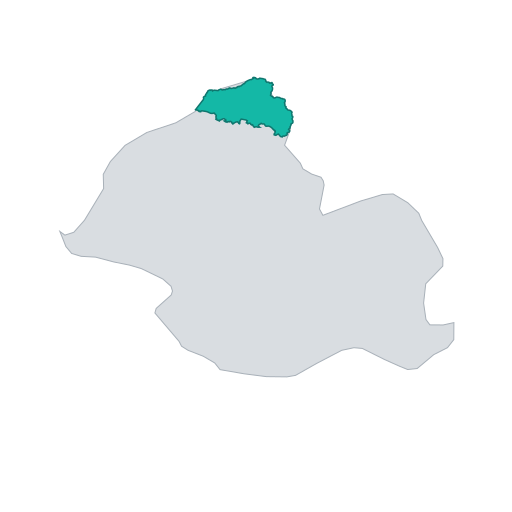 Kirehe, Eastern, Rwanda shown in context, rotated 245°
{"feature_id": "39286606B14634167117771", "entity_name": "Kirehe", "entity_type": "district", "adm_level": 2, "iso_a3": "RWA", "parent_name": "Rwanda", "parent_adm1": "Eastern", "projection": "natural_earth1", "projection_center": [30.661, -2.196], "detail": "fine", "context": "in_parent", "style": "filled", "palette": "teal", "viewbox_px": 512, "rotation_deg": 245, "n_neighbors": 0, "source": "geoboundaries", "source_scale": "gbopen_adm2", "svg_char_len": 6953}
<svg xmlns="http://www.w3.org/2000/svg" viewBox="0 0 512 512"><g transform="rotate(245 256 256)"><path d="M205.7,150.4L211.1,150.2L247.1,140.3L250.7,143.4L256.5,162.7L259.5,165.5L264.5,166.2L274.6,161.8L293.1,146.7L301.2,137.5L310.7,124.6L322.8,110.1L329.6,97.4L336.2,90.0L344.9,87.7L354.5,88.3L361.2,88.6L355.7,91.6L354.5,100.9L360.9,115.7L381.5,146.4L394.6,152.1L403.2,164.0L411.6,184.1L414.1,209.3L410.6,239.6L412.7,262.1L420.3,276.9L422.2,296.0L418.7,319.5L414.3,333.6L409.1,338.3L403.2,340.0L395.3,338.4L385.6,340.4L375.1,344.9L368.4,345.5L364.3,344.6L356.5,340.9L344.3,328.7L321.4,335.4L315.2,335.3L306.7,341.1L299.9,348.2L295.7,348.7L291.5,347.7L271.8,333.4L264.6,333.8L261.6,374.1L258.3,396.5L254.3,406.5L240.1,416.1L225.9,421.6L218.1,421.2L186.9,424.2L174.6,424.3L167.9,421.0L159.1,398.1L142.5,388.0L126.6,383.2L120.1,384.5L114.4,396.5L112.0,407.2L96.6,399.9L92.0,390.8L91.5,375.5L85.9,354.5L89.0,345.5L95.1,339.8L107.9,328.7L127.3,313.3L131.5,306.0L134.3,293.8L133.0,265.4L131.1,241.4L133.4,232.9L142.3,214.4L154.3,195.4L168.2,175.4L176.5,173.4L187.5,165.8L199.2,154.6L205.7,150.4Z" fill="#d9dde1" stroke="#a8b0b8" stroke-width="1"/><path d="M385.5,291.3L385.7,292.2L385.9,293.7L385.7,295.3L385.6,295.7L385.3,295.8L385.2,296.2L384.3,296.4L383.5,296.4L383.3,296.5L383.2,296.6L383.1,296.8L382.8,297.0L383.1,297.4L384.4,298.0L385.0,298.3L385.1,298.6L385.3,298.7L385.3,298.8L385.6,299.1L385.8,299.6L386.0,299.8L386.1,300.1L386.3,300.3L386.2,300.6L386.0,301.0L384.2,303.4L383.6,304.4L382.8,304.7L382.3,305.3L381.1,304.0L381.0,303.6L380.8,303.5L380.5,303.8L380.1,304.1L380.0,304.4L380.0,304.5L379.3,304.4L379.2,304.7L379.2,305.5L379.0,306.6L378.8,306.8L378.4,306.8L378.1,307.0L377.5,306.9L377.2,307.1L377.0,307.3L376.8,307.3L376.7,307.5L376.4,307.7L376.4,308.4L376.1,308.4L374.7,308.4L374.3,308.6L374.1,308.8L374.1,308.7L373.8,308.8L373.7,308.7L373.4,308.8L373.4,309.1L373.1,310.7L372.7,311.3L372.3,311.7L371.9,312.2L371.3,313.6L371.6,313.4L372.0,313.5L372.6,313.4L372.8,313.2L373.1,313.2L373.4,313.6L373.6,313.8L373.7,314.0L373.8,314.6L373.8,314.9L373.8,315.8L374.1,316.7L373.7,316.8L373.1,317.4L373.0,317.6L372.8,317.9L372.7,318.3L372.3,319.0L371.9,319.3L371.5,319.3L370.1,319.5L369.6,319.7L369.0,320.7L368.6,322.0L368.2,322.6L367.7,323.0L367.3,323.5L366.0,324.2L364.9,324.7L364.1,324.8L363.7,325.2L363.3,325.2L363.0,325.4L362.8,325.3L362.2,325.7L362.1,326.0L361.6,326.2L361.3,326.1L361.1,326.2L360.8,326.1L360.8,325.8L360.5,325.8L359.8,325.4L359.6,325.2L359.3,324.8L359.1,324.2L358.9,324.0L358.6,323.8L358.0,323.7L357.6,324.3L357.2,324.7L357.3,324.9L357.0,325.2L357.2,326.9L357.0,327.4L357.0,327.9L353.9,328.7L352.8,330.1L353.1,330.4L353.3,331.0L353.1,331.7L352.8,332.0L352.6,332.6L352.6,332.9L352.8,333.7L352.5,334.4L352.5,334.7L352.7,335.3L352.8,335.4L353.7,336.0L353.9,336.0L354.2,336.0L354.4,336.2L354.5,336.4L354.5,337.1L354.3,338.3L354.6,339.0L355.1,339.4L355.8,339.5L356.3,339.3L356.7,339.0L357.0,339.0L357.4,339.9L357.6,340.8L357.8,341.1L358.0,341.2L358.4,341.2L358.6,341.3L359.1,342.0L359.4,342.5L359.7,342.8L360.6,343.4L360.6,343.5L360.8,343.5L361.0,344.0L361.0,344.3L361.0,345.2L361.3,345.8L361.9,346.0L362.4,346.4L362.9,346.6L363.9,346.5L365.1,346.6L365.6,347.2L365.7,347.5L366.0,347.8L366.6,348.2L367.0,348.3L367.6,347.8L367.9,347.8L368.8,348.3L369.9,348.5L370.4,348.7L370.7,348.9L370.8,349.2L371.0,349.4L371.5,349.4L372.6,349.0L373.7,348.3L374.1,347.7L374.5,347.0L374.8,346.7L375.5,346.3L376.0,346.3L376.3,346.3L377.0,345.8L377.4,345.6L377.8,345.6L378.0,346.0L378.4,346.3L378.6,346.3L379.5,345.9L380.0,345.7L380.5,345.8L381.2,346.3L381.4,346.4L381.6,346.3L382.3,346.5L382.9,346.5L383.0,346.7L383.2,347.1L383.5,347.6L383.9,347.7L384.9,348.3L385.8,348.2L386.0,348.1L386.7,347.4L386.8,347.2L386.9,346.8L387.0,346.6L387.6,346.4L387.9,346.1L388.1,345.4L388.3,345.1L389.6,344.4L390.1,343.7L390.5,342.9L391.0,342.4L391.2,342.1L391.3,341.4L391.3,340.0L391.3,339.8L392.0,338.7L392.4,338.5L393.0,338.6L393.4,338.5L393.6,338.3L394.3,337.6L395.6,337.1L396.3,337.9L397.0,338.3L398.1,338.6L398.6,339.8L399.0,340.4L399.8,341.2L401.2,342.0L402.1,342.1L402.9,342.0L403.1,342.1L403.3,342.3L403.7,342.7L403.7,343.7L403.7,343.9L403.9,344.0L404.2,344.1L405.5,343.5L405.9,343.7L406.2,343.7L406.3,343.8L406.5,343.7L406.3,342.7L406.8,342.3L406.8,341.6L407.0,341.3L407.4,341.4L408.1,341.1L408.5,340.4L408.8,339.9L408.9,339.2L410.4,338.7L410.7,338.9L410.9,339.1L411.1,339.1L411.8,339.0L412.4,338.9L412.6,338.6L413.1,337.8L413.9,337.2L414.1,336.7L414.8,335.7L415.6,334.5L415.6,334.2L415.4,333.8L415.4,333.6L415.6,332.9L415.6,332.7L415.7,332.3L415.9,331.9L416.7,331.0L417.3,330.9L417.6,331.0L417.7,330.9L417.8,330.7L418.3,330.3L418.7,329.6L418.9,329.3L419.0,328.8L418.9,328.5L418.7,328.5L418.3,328.7L418.1,328.8L418.0,328.1L418.1,327.4L417.8,326.5L418.2,325.6L418.3,325.1L418.4,323.0L418.3,321.3L418.3,320.9L418.1,320.5L417.9,319.9L417.6,319.5L417.5,318.9L417.1,318.3L417.1,318.1L417.3,317.6L417.2,316.9L417.0,315.9L416.6,315.0L416.5,314.7L416.6,313.9L416.8,313.0L416.6,312.4L416.6,312.2L417.0,311.9L417.2,311.6L417.1,311.1L417.2,310.6L417.1,310.4L416.8,310.1L417.0,309.5L417.0,309.2L416.8,308.9L416.9,308.7L416.8,308.0L417.1,307.8L417.4,307.2L417.7,307.2L417.8,307.0L417.8,306.2L418.0,305.5L418.2,304.5L418.6,303.9L418.9,303.8L419.0,303.6L419.1,303.3L419.4,303.2L419.5,303.1L419.5,302.9L419.3,302.5L419.6,301.9L419.3,301.3L419.3,301.0L419.4,300.5L419.9,299.8L419.9,298.9L419.7,298.4L420.0,298.0L420.2,297.4L420.5,296.9L420.6,296.6L420.5,296.1L420.8,295.7L420.9,295.4L421.1,295.3L421.7,294.8L422.1,294.6L422.2,294.4L422.2,293.2L422.3,292.6L421.9,291.7L422.4,290.6L422.6,290.5L422.8,290.0L423.3,289.3L423.5,288.8L423.9,288.3L424.0,287.6L424.0,286.4L424.7,286.6L425.1,286.1L425.4,285.4L425.4,284.8L425.5,284.6L425.9,284.5L426.1,283.4L425.9,282.8L426.0,282.3L425.8,281.9L425.1,281.3L425.0,280.9L424.9,280.6L424.6,280.6L424.5,280.4L424.3,279.8L423.9,279.2L423.6,278.6L423.1,278.1L422.4,278.0L422.3,277.1L422.5,276.7L422.2,275.6L422.0,275.4L421.8,275.3L421.2,275.2L420.7,275.0L420.1,274.5L414.1,262.9L413.9,263.0L413.9,263.4L413.8,263.6L413.4,263.8L413.3,264.3L412.5,264.7L412.3,265.2L411.9,265.6L411.5,265.3L411.1,265.4L410.4,266.3L410.1,266.9L410.6,267.4L410.6,267.8L410.2,268.7L408.4,271.4L407.3,272.8L405.5,274.3L404.6,275.1L404.2,275.6L403.8,276.4L403.5,277.3L403.3,278.5L400.2,279.4L399.5,279.0L399.4,278.7L399.1,278.7L398.7,278.5L398.3,278.2L397.9,278.0L397.5,278.0L397.1,278.2L396.8,277.5L395.9,278.1L394.3,279.5L394.5,279.5L394.6,279.8L394.2,281.4L394.3,282.9L394.2,283.3L394.3,283.7L394.0,285.0L393.5,285.4L392.2,285.9L392.2,286.1L391.4,285.9L391.8,284.3L390.9,284.8L390.7,285.0L390.1,285.4L390.0,285.7L389.7,286.1L389.5,286.3L389.7,286.5L389.7,287.0L389.6,287.4L389.4,288.0L389.0,288.2L389.0,288.5L388.8,288.8L388.9,289.0L389.0,289.1L388.9,289.5L388.8,289.8L388.6,290.0L387.9,290.2L387.7,290.5L387.2,290.3L386.8,290.3L386.5,290.6L386.3,291.0L385.8,290.7L385.5,290.7L385.4,290.9L385.5,291.3Z" fill="#14b8a6" stroke="#0f766e" stroke-width="1.5"/></g></svg>